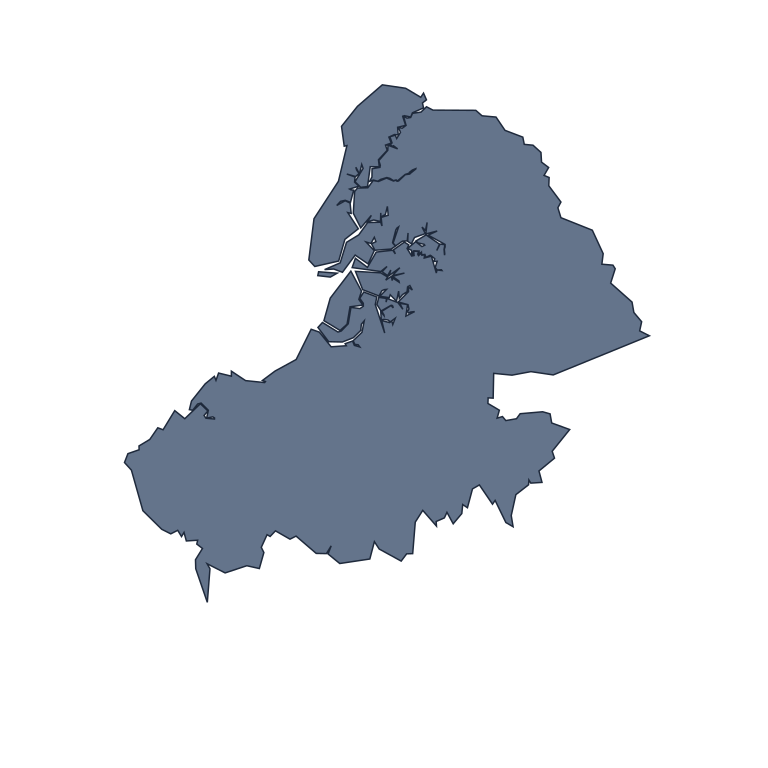 outline of Naranjal, Guayas, Ecuador, rotated 37°
{"feature_id": "8360857B52535355247444", "entity_name": "Naranjal", "entity_type": "district", "adm_level": 2, "iso_a3": "ECU", "parent_name": "Ecuador", "parent_adm1": "Guayas", "projection": "robinson", "projection_center": [-79.674, -2.573], "detail": "fine", "context": "isolated", "style": "filled", "palette": "slate", "viewbox_px": 768, "rotation_deg": 37, "n_neighbors": 0, "source": "geoboundaries", "source_scale": "gbopen_adm2", "svg_char_len": 6173}
<svg xmlns="http://www.w3.org/2000/svg" viewBox="0 0 768 768"><g transform="rotate(37 384 384)"><path d="M374.3,664.7L356.2,636.3L350.9,634.0L370.8,630.5L383.8,611.7L395.5,606.4L389.5,590.9L384.3,588.3L381.3,574.7L384.8,574.3L385.7,566.6L402.3,564.5L405.3,558.4L431.8,560.1L440.1,554.1L439.2,545.0L441.6,553.4L456.7,554.0L478.0,532.3L471.2,515.7L479.5,518.7L504.3,515.1L504.3,506.0L509.0,502.2L492.1,475.5L491.0,461.6L511.4,465.9L508.4,462.4L512.8,454.6L511.5,448.6L523.4,454.0L524.1,440.6L519.4,432.9L525.1,432.6L517.8,414.5L520.9,407.2L543.0,414.7L542.8,410.1L564.7,421.3L573.0,420.3L564.8,412.5L555.9,393.0L560.1,377.5L557.5,373.5L560.9,374.8L569.4,367.5L560.1,360.2L564.8,340.6L558.8,336.5L559.7,308.6L541.4,314.2L534.6,307.9L527.4,310.7L510.6,325.8L510.7,332.0L503.3,339.9L498.2,338.7L494.9,343.2L491.9,335.5L478.7,337.0L475.5,332.4L479.7,329.6L465.2,309.5L480.9,299.9L493.9,285.7L513.7,274.9L566.9,185.8L556.2,187.7L552.3,179.2L540.5,176.5L532.8,169.3L504.3,167.0L499.3,152.8L495.3,151.3L485.9,157.2L480.6,148.0L457.8,135.8L425.2,144.7L416.8,138.6L415.8,132.2L396.3,126.5L391.6,119.7L386.3,121.1L385.2,112.0L376.3,112.0L370.0,104.6L359.3,103.6L351.8,108.2L346.3,103.3L328.0,108.6L312.8,103.4L300.9,110.8L292.6,110.2L258.3,135.8L251.1,137.0L249.9,144.6L243.9,150.7L244.9,155.1L242.4,157.8L238.5,158.5L246.0,164.2L244.6,168.8L241.1,170.4L245.7,173.1L246.4,180.3L243.3,178.5L239.9,183.0L245.3,186.6L245.1,188.7L241.9,192.1L243.5,190.5L246.1,189.2L247.8,189.0L248.2,188.0L253.4,188.0L243.5,190.9L246.4,195.1L245.4,208.7L249.4,211.5L250.4,213.4L244.9,219.3L249.8,225.9L250.6,230.8L252.8,227.5L257.0,225.8L258.2,222.6L262.0,217.4L265.0,216.2L269.2,215.9L270.9,213.7L272.5,213.8L274.8,203.9L276.4,201.6L277.8,201.0L277.0,200.4L276.9,199.7L277.9,196.0L279.8,192.8L280.0,193.2L278.0,201.1L275.0,204.0L273.5,213.0L272.5,214.2L270.8,214.2L269.4,216.2L262.1,218.0L257.7,225.6L252.9,228.0L253.0,237.0L244.9,243.5L244.7,247.9L256.7,266.1L271.5,273.3L272.4,256.9L273.3,264.2L277.1,259.2L283.4,256.3L278.4,249.3L281.0,252.4L283.1,247.7L279.8,240.1L285.8,246.7L281.5,252.7L287.3,259.0L284.0,256.8L273.8,264.9L274.1,280.1L268.8,293.4L276.1,313.6L267.7,328.4L274.7,322.4L283.6,319.8L283.4,298.4L299.0,297.7L296.0,283.4L284.2,281.4L289.0,279.6L288.0,272.7L291.9,275.2L289.6,279.6L296.3,282.6L308.5,271.9L310.2,267.0L306.5,266.3L305.7,265.8L300.7,253.8L300.5,251.6L301.1,249.7L306.5,266.0L310.2,266.7L312.7,258.9L316.4,255.7L312.3,248.9L317.1,255.8L321.5,255.6L320.2,248.6L326.5,239.0L319.9,235.8L324.7,236.4L321.2,229.0L327.1,239.0L334.4,229.8L329.7,238.5L348.8,235.8L350.3,237.7L351.0,240.0L354.3,243.6L354.8,244.7L351.0,240.4L348.8,236.1L344.6,238.5L345.8,245.7L344.2,238.9L327.9,239.6L323.4,250.6L326.4,250.8L331.9,248.3L333.0,248.6L331.6,251.4L323.6,251.3L321.3,261.5L325.5,260.7L329.3,264.8L330.3,263.2L328.6,262.8L327.6,260.6L327.7,259.6L332.1,256.7L333.8,260.3L334.4,259.9L333.9,258.3L334.2,257.0L334.7,256.3L336.4,258.1L338.7,255.9L341.3,257.6L343.4,253.4L344.5,253.2L349.1,253.4L350.2,256.1L352.6,254.0L354.8,260.2L357.8,260.9L361.1,258.2L362.0,258.5L357.7,261.1L359.0,263.9L344.9,253.4L340.3,259.2L338.6,256.2L336.8,258.4L335.5,258.0L334.6,256.6L334.4,260.6L332.7,260.0L332.0,257.2L327.8,260.0L330.7,263.3L329.1,265.1L320.9,261.9L320.1,258.0L314.9,258.4L310.7,271.5L312.4,271.9L314.8,273.3L310.5,271.9L298.4,283.3L300.6,300.8L285.5,300.8L288.5,310.2L313.7,296.1L315.7,288.3L314.9,295.5L321.7,295.2L320.8,288.9L322.9,294.2L326.7,281.6L325.5,292.3L333.6,283.1L326.0,292.9L333.9,292.7L334.9,293.6L327.2,294.1L328.3,296.5L325.1,293.6L322.9,300.0L322.5,296.4L314.5,297.2L293.4,311.2L310.2,321.5L327.0,316.7L326.2,310.8L327.3,308.6L329.1,306.9L327.8,316.5L336.2,311.9L335.3,309.0L344.2,310.4L339.8,301.0L344.7,306.5L345.0,301.4L346.9,296.4L344.4,292.3L345.4,289.8L350.1,291.9L345.1,291.9L348.0,295.5L346.0,309.9L355.4,306.2L358.7,309.0L359.1,310.4L358.4,311.3L360.6,312.7L362.1,310.3L364.9,307.7L360.6,316.6L355.0,306.4L348.1,310.1L354.1,313.0L346.2,310.6L335.0,313.8L336.4,317.4L334.5,314.2L327.7,317.9L330.5,324.8L337.7,327.5L342.3,316.9L343.0,316.4L344.1,316.5L345.6,317.7L342.4,317.1L338.5,327.4L340.4,328.0L342.4,328.9L342.9,329.4L337.9,328.2L343.2,334.4L345.2,332.3L348.6,330.5L351.7,330.5L353.4,324.7L355.2,331.2L352.4,329.0L351.5,331.6L344.0,334.7L353.9,342.9L329.2,325.8L325.9,318.8L312.5,322.7L313.1,330.2L318.9,332.0L320.7,334.3L319.4,338.2L311.5,342.7L319.2,357.4L318.0,367.4L316.0,370.2L297.8,371.9L297.2,378.6L314.4,383.5L325.5,375.5L331.7,365.4L333.2,355.3L329.9,349.8L330.2,345.4L335.3,356.0L333.3,368.0L336.9,369.9L339.7,368.2L342.4,369.0L337.1,371.0L333.0,368.6L328.7,375.2L330.9,376.1L319.4,386.1L301.1,381.5L292.9,384.1L299.1,417.3L289.2,439.2L284.8,454.3L287.8,453.4L287.8,454.7L271.4,464.6L254.4,465.6L257.4,469.6L245.3,474.8L247.6,482.2L243.9,480.0L241.1,491.5L240.5,513.5L244.0,521.6L247.0,520.1L247.2,512.1L249.4,509.3L259.5,510.7L262.9,518.0L267.0,513.3L269.1,513.1L269.7,514.0L262.4,518.5L259.2,517.4L259.6,511.5L249.2,510.3L245.8,531.6L232.9,531.2L235.1,553.5L229.7,555.1L230.3,569.2L225.6,580.9L228.0,583.9L221.4,593.7L224.0,602.9L234.1,604.8L267.7,630.3L293.9,633.8L303.9,632.0L307.3,625.0L314.1,627.7L313.6,622.9L320.6,628.3L329.2,620.9L330.8,624.5L338.0,624.6L339.2,637.8L344.8,644.8L374.3,664.7ZM202.6,146.1L195.7,178.2L195.0,203.8L209.1,218.0L210.9,215.9L225.6,249.5L228.6,294.1L249.3,330.2L258.0,331.8L273.8,313.1L265.7,292.0L270.1,275.5L251.9,268.9L255.1,267.5L248.0,259.9L242.7,261.0L238.8,269.9L239.4,264.2L242.5,260.6L247.9,259.1L243.1,247.4L240.8,248.8L239.2,249.0L244.9,241.1L239.0,240.5L236.3,236.1L227.9,238.7L236.5,235.4L237.4,230.9L233.4,229.6L231.0,227.8L238.0,231.0L234.1,222.1L237.6,224.4L239.1,239.9L247.1,240.9L252.0,236.2L242.2,218.7L249.5,213.4L244.6,208.2L245.9,195.4L241.4,192.3L244.8,187.2L239.3,183.9L242.2,178.5L245.4,176.5L240.4,170.8L245.6,164.4L238.0,159.1L238.7,157.5L244.7,154.7L243.5,150.3L249.4,139.7L245.6,136.4L246.9,131.5L240.5,127.9L240.8,132.9L223.3,134.8L202.6,146.1ZM316.7,367.7L318.5,358.5L310.4,342.8L319.6,333.7L313.0,331.6L310.2,323.4L289.6,313.8L289.4,347.8L297.9,369.6L316.7,367.7ZM265.9,337.3L276.8,330.9L279.9,323.7L264.2,333.7L265.9,337.3Z" fill="#64748b" stroke="#1e293b" stroke-width="1.5"/></g></svg>